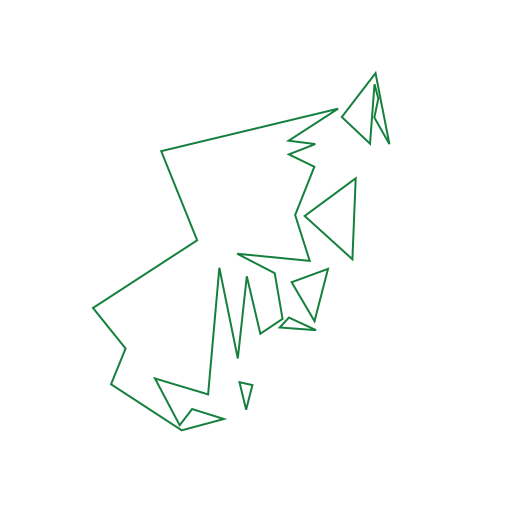 SVG path tracing the border of Troms, rotated 155°
{"feature_id": "NOR-900", "entity_name": "Troms", "entity_type": "County", "adm_level": 1, "iso_a3": "NOR", "parent_name": "Norway", "parent_adm1": "", "projection": "albers", "projection_center": [18.955, 69.32], "detail": "coarse", "context": "isolated", "style": "outline", "palette": "green", "viewbox_px": 512, "rotation_deg": 155, "n_neighbors": 0, "source": "natural_earth", "source_scale": "10m", "svg_char_len": 765}
<svg xmlns="http://www.w3.org/2000/svg" viewBox="0 0 512 512"><g transform="rotate(155 256 256)"><path d="M425.7,277.8L302.7,295.1L297.6,391.1L119.3,354.8L177.7,346.7L155.0,332.4L183.3,334.2L165.4,312.2L203.2,276.6L209.4,228.9L272.1,266.0L246.3,232.5L258.5,187.8L284.9,183.7L272.9,241.5L315.8,170.8L294.2,260.8L357.9,150.8L399.3,187.7L396.7,134.9L378.6,144.3L354.1,121.9L397.0,129.4L441.6,201.0L413.3,227.3L425.7,277.8ZM170.0,212.3L195.0,271.7L132.8,284.3L170.0,212.3ZM87.8,301.0L90.2,331.5L78.6,347.0L76.0,361.6L105.2,309.6L119.5,345.7L70.4,371.2L87.8,301.0ZM230.5,172.2L234.8,217.2L196.2,213.9L230.5,172.2ZM232.9,163.4L264.7,181.2L252.2,186.3L232.9,163.4ZM329.9,120.9L324.3,148.6L313.8,140.5L329.9,120.9Z" fill="none" stroke="#15803d" stroke-width="2"/></g></svg>